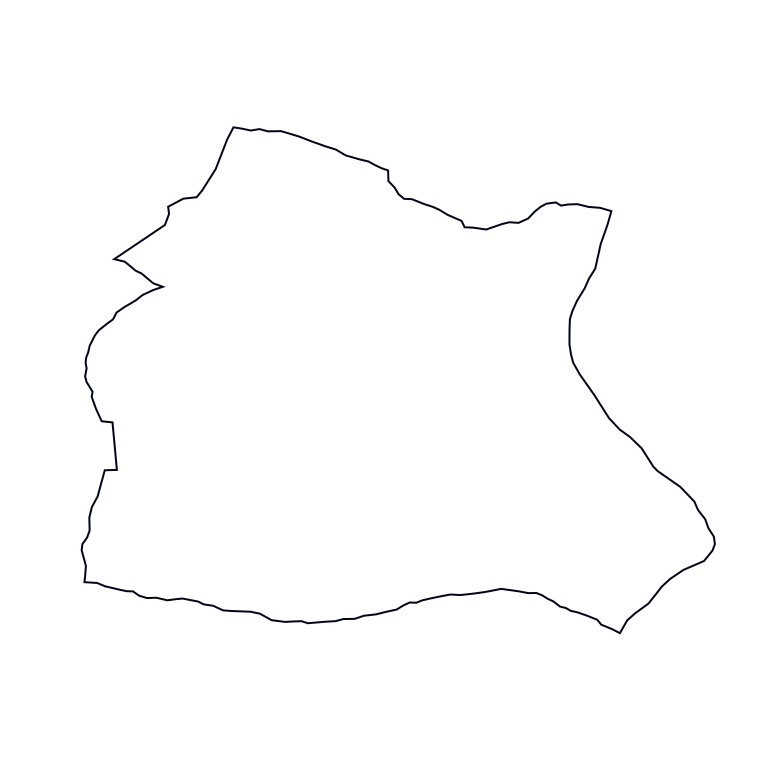 Terra Rica, Paraná, Brazil, rotated 85°
{"feature_id": "56859067B82246536000747", "entity_name": "Terra Rica", "entity_type": "district", "adm_level": 2, "iso_a3": "BRA", "parent_name": "Brazil", "parent_adm1": "Paraná", "projection": "natural_earth1", "projection_center": [-52.68, -22.72], "detail": "fine", "context": "isolated", "style": "outline", "palette": "ink", "viewbox_px": 768, "rotation_deg": 85, "n_neighbors": 0, "source": "geoboundaries", "source_scale": "gbopen_adm2", "svg_char_len": 2376}
<svg xmlns="http://www.w3.org/2000/svg" viewBox="0 0 768 768"><g transform="rotate(85 384 384)"><path d="M263.4,155.9L244.9,147.5L236.3,144.2L231.6,142.4L227.3,153.5L225.4,164.9L221.7,175.7L221.2,185.1L221.7,192.1L218.1,197.0L218.5,206.4L221.1,212.4L225.2,218.6L231.7,226.0L235.2,235.9L233.8,245.0L234.9,252.3L239.0,268.7L236.0,281.6L234.9,290.0L228.3,292.5L221.1,305.8L215.2,313.8L211.8,319.9L208.3,328.2L202.3,340.1L201.3,347.8L196.1,353.0L189.4,356.2L182.3,361.9L171.6,361.3L168.9,367.4L165.1,374.0L161.0,380.0L158.1,388.8L152.9,402.3L146.2,411.6L142.2,421.5L136.2,434.6L130.0,447.2L123.1,464.6L122.2,477.5L119.2,485.9L119.9,494.5L117.1,503.8L115.2,511.6L126.9,519.0L155.2,532.9L175.4,548.3L181.6,554.3L181.9,567.8L188.6,583.6L195.8,583.3L206.5,588.4L236.1,641.9L239.6,631.5L249.5,621.5L252.8,615.9L263.5,605.2L267.9,595.9L270.3,605.8L274.3,616.7L279.0,623.9L284.8,636.0L289.5,644.2L296.0,648.3L299.7,654.5L305.6,663.4L310.2,667.6L320.1,673.8L326.9,676.0L332.0,678.5L337.0,679.4L342.5,678.9L350.4,681.1L356.1,680.1L366.3,675.0L371.4,676.3L383.8,673.0L396.5,668.5L398.6,657.8L446.3,657.6L445.6,669.7L471.1,679.1L481.1,685.7L491.4,689.2L504.3,690.0L511.0,693.1L517.2,698.4L523.2,699.7L539.1,696.8L549.0,698.4L555.3,699.7L557.2,687.2L561.2,679.5L566.4,663.7L568.0,658.2L568.7,652.2L573.6,646.3L576.6,638.7L577.1,629.3L580.6,618.7L580.2,610.0L580.2,603.3L584.5,588.2L587.9,582.6L590.0,573.6L595.5,564.0L596.9,555.3L599.2,536.9L602.0,527.6L609.5,516.5L612.4,503.2L612.7,493.5L613.1,486.8L615.7,480.7L615.7,464.3L616.0,452.7L614.6,445.0L615.4,433.7L613.1,424.1L612.8,412.2L611.1,401.3L609.8,391.0L606.4,384.2L603.9,377.5L604.7,371.0L602.8,364.3L601.7,356.5L600.4,345.5L599.5,336.2L600.9,326.3L600.6,312.8L600.1,302.9L599.5,296.1L598.3,285.1L602.3,267.7L604.9,258.4L605.5,250.4L608.0,245.3L612.3,239.5L615.5,234.0L621.1,228.0L623.0,222.4L626.3,217.6L628.3,211.2L632.5,201.9L637.4,192.2L642.8,188.4L648.1,178.1L652.8,170.7L640.6,162.3L634.2,153.6L625.8,139.7L609.9,124.7L603.1,115.9L595.3,101.9L588.2,80.6L578.6,71.3L572.4,68.3L564.8,68.7L555.9,73.4L546.7,75.8L536.8,82.2L528.1,85.1L512.2,97.9L494.7,118.9L489.8,122.9L470.4,133.0L458.2,143.6L450.1,153.0L437.8,162.7L412.7,175.8L391.4,188.2L379.2,193.7L371.2,195.1L360.6,195.8L345.5,194.4L335.5,193.1L327.8,190.0L318.3,184.7L305.8,175.5L297.0,170.7L287.5,163.5L263.4,155.9Z" fill="none" stroke="#020617" stroke-width="2"/></g></svg>